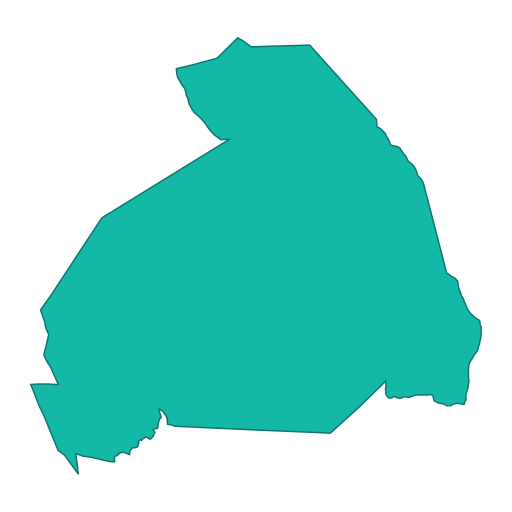 Ocotepec, Chiapas, Mexico (Natural Earth projection)
{"feature_id": "50627088B68373629455752", "entity_name": "Ocotepec", "entity_type": "district", "adm_level": 2, "iso_a3": "MEX", "parent_name": "Mexico", "parent_adm1": "Chiapas", "projection": "natural_earth1", "projection_center": [-93.158, 17.224], "detail": "fine", "context": "isolated", "style": "filled", "palette": "teal", "viewbox_px": 512, "rotation_deg": 0, "n_neighbors": 0, "source": "geoboundaries", "source_scale": "gbopen_adm2", "svg_char_len": 4133}
<svg xmlns="http://www.w3.org/2000/svg" viewBox="0 0 512 512"><path d="M324.3,61.4L309.7,45.1L251.0,46.8L244.0,41.5L237.8,37.8L217.1,58.1L215.1,58.8L187.9,66.0L176.4,68.6L176.7,73.3L177.7,77.4L179.8,81.1L182.8,86.2L184.2,87.7L185.6,91.2L186.4,95.7L187.8,98.2L189.1,103.8L191.6,108.5L194.1,112.5L196.7,114.6L198.5,116.1L201.7,119.3L205.9,124.2L207.3,126.6L210.2,130.4L214.2,134.7L220.7,139.6L229.4,139.3L101.8,217.9L51.1,295.1L43.6,305.6L40.5,310.0L44.7,321.8L45.8,328.0L48.7,334.5L46.2,345.4L44.2,353.2L44.0,355.3L47.1,361.8L50.4,366.7L58.4,384.6L52.5,384.3L47.8,384.0L39.1,384.0L30.7,384.5L33.7,391.7L38.7,404.9L44.0,415.9L50.3,431.3L58.1,450.4L64.5,455.1L78.4,474.2L78.3,473.6L77.7,469.7L77.3,464.7L77.2,464.0L76.9,462.4L75.7,453.8L80.2,455.1L83.3,456.3L85.2,456.4L88.4,456.8L90.8,457.2L93.3,457.8L94.9,458.1L95.3,458.2L107.2,461.0L109.7,461.5L111.6,461.7L113.9,461.7L114.7,461.7L114.4,456.5L116.5,455.9L118.2,454.3L120.6,452.6L123.5,452.3L129.5,454.5L130.0,450.9L132.2,447.9L135.1,447.6L136.3,447.4L137.8,446.3L138.8,442.2L138.2,441.0L140.8,439.7L141.5,440.3L143.3,438.5L144.1,438.2L145.5,437.0L146.6,437.1L148.9,438.6L150.3,439.2L151.9,437.5L153.1,436.4L154.2,433.9L154.9,432.3L154.4,431.9L153.1,429.5L155.7,428.6L157.6,428.1L158.6,421.9L159.8,418.8L161.2,417.4L159.0,410.0L159.3,408.8L163.5,412.0L164.2,413.5L165.5,415.2L166.5,416.6L167.2,419.8L167.4,422.7L167.5,424.2L169.3,424.6L172.0,424.9L174.5,426.2L243.1,429.4L330.4,433.1L359.8,406.5L385.6,381.2L385.5,382.7L386.0,383.8L386.1,385.2L385.8,387.8L385.5,389.2L385.8,391.5L385.8,393.5L386.0,394.2L386.6,395.5L387.6,396.9L388.7,397.7L389.2,398.2L391.3,397.8L391.9,397.7L393.1,396.9L393.7,396.7L394.5,396.5L395.4,396.8L396.2,397.5L397.2,397.6L398.3,397.9L398.6,398.1L400.0,398.2L400.4,398.3L401.9,397.7L403.5,397.0L404.5,396.9L405.6,396.8L406.9,397.0L407.6,397.5L409.5,397.4L411.0,396.6L412.1,396.3L413.6,395.6L415.9,395.0L416.7,395.0L417.2,395.0L417.4,394.9L419.8,394.9L421.1,395.0L422.7,394.9L423.5,394.7L426.4,395.1L427.6,394.9L428.8,394.8L430.7,394.5L432.2,395.2L432.6,395.2L433.2,396.5L433.3,397.8L433.9,399.9L434.0,400.3L434.2,400.7L434.3,401.0L435.4,401.4L436.8,402.1L437.9,402.8L438.7,403.1L440.7,403.4L442.8,403.8L444.4,404.2L446.3,405.6L447.3,405.7L450.9,405.6L452.8,404.3L455.7,403.5L457.1,403.4L458.4,403.3L460.4,403.8L461.3,404.0L462.3,404.2L462.5,404.2L464.2,404.3L464.8,402.0L465.0,401.2L465.9,400.0L465.9,397.5L465.9,396.7L465.8,395.5L465.8,395.4L466.0,393.8L466.8,391.7L467.9,387.7L468.3,385.9L468.2,385.8L469.0,380.9L468.5,378.3L468.5,378.0L468.4,369.6L468.7,367.5L468.7,365.7L469.2,363.9L470.3,361.3L471.9,358.9L472.5,358.0L474.4,354.6L475.1,353.9L475.9,352.7L476.6,351.9L477.8,349.9L478.7,346.0L479.4,343.9L479.8,342.2L480.7,337.9L481.0,336.2L481.2,333.7L481.1,332.4L481.1,330.8L481.3,327.8L480.0,323.9L479.9,321.3L478.7,319.9L477.2,319.1L476.5,318.6L474.1,317.0L473.4,316.4L473.1,315.9L472.1,314.7L471.1,314.1L470.8,313.6L469.8,312.5L469.0,311.3L467.8,309.8L466.2,305.9L465.3,303.6L463.9,300.8L463.4,298.6L461.8,296.3L461.1,295.0L460.9,293.3L459.7,290.8L459.0,288.9L458.6,287.5L458.1,284.4L457.6,281.2L456.3,279.6L455.7,278.8L453.5,277.3L451.6,276.4L447.7,273.5L447.0,273.4L446.7,273.2L426.1,193.6L425.7,192.3L425.2,190.2L425.1,189.9L424.1,185.6L423.0,182.1L420.8,178.7L418.1,175.9L417.6,175.0L417.2,173.8L416.6,171.6L416.0,170.1L415.4,168.8L414.8,167.6L414.0,166.6L413.7,166.2L411.6,163.8L410.8,163.2L409.7,162.2L408.5,161.3L407.8,160.5L407.6,160.1L407.3,159.6L407.0,158.3L406.1,157.1L405.3,155.6L404.6,154.9L403.9,154.1L402.3,151.9L401.7,151.1L401.4,150.3L400.9,150.1L399.8,147.8L397.9,147.0L397.4,146.6L395.3,146.1L395.1,146.1L394.0,145.8L393.2,145.6L392.2,145.5L390.9,145.2L390.6,145.0L390.3,144.2L390.1,143.5L390.0,143.2L389.7,142.7L389.3,141.4L389.1,141.1L388.7,140.6L388.7,140.2L387.9,138.4L386.9,137.1L386.3,136.0L385.8,134.6L385.7,134.5L385.6,134.2L385.2,133.4L384.4,132.5L384.3,132.3L383.5,131.7L383.4,131.5L382.6,130.8L382.2,130.6L381.2,129.3L380.7,128.8L380.2,128.5L379.5,128.2L379.1,127.9L378.5,127.5L377.6,127.3L377.4,127.3L376.9,126.0L376.7,125.5L376.8,123.7L376.4,119.3L324.3,61.4Z" fill="#14b8a6" stroke="#0f766e" stroke-width="1.5"/></svg>